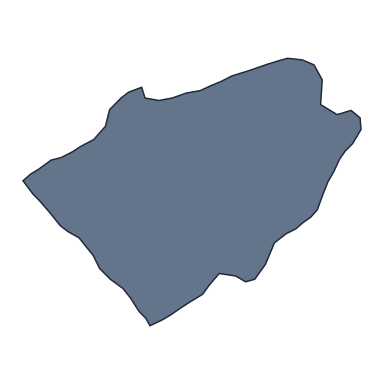 Patanissos, Cyprus (Albers equal-area conic projection)
{"feature_id": "46923920B57147511667034", "entity_name": "Patanissos", "entity_type": "district", "adm_level": 2, "iso_a3": "CYP", "parent_name": "Cyprus", "parent_adm1": "", "projection": "albers", "projection_center": [34.094, 35.479], "detail": "fine", "context": "isolated", "style": "filled", "palette": "slate", "viewbox_px": 384, "rotation_deg": 0, "n_neighbors": 0, "source": "geoboundaries", "source_scale": "gbopen_adm2", "svg_char_len": 974}
<svg xmlns="http://www.w3.org/2000/svg" viewBox="0 0 384 384"><path d="M150.0,325.7L162.3,319.9L170.6,315.0L181.3,307.5L181.8,307.2L190.4,301.7L202.7,294.2L209.3,285.1L219.2,273.5L235.7,276.0L245.6,281.8L254.7,279.3L265.4,264.4L274.4,242.9L286.0,233.8L295.9,228.8L302.5,223.0L310.7,217.2L317.3,209.8L323.1,194.0L328.0,181.6L333.8,171.7L339.5,159.3L345.3,151.0L352.7,143.5L361.0,129.5L360.1,117.9L351.1,110.4L337.1,114.6L320.6,104.6L322.2,79.8L314.0,64.9L302.4,59.9L287.6,58.3L278.5,60.8L267.8,64.1L246.4,71.5L232.4,75.7L220.9,81.5L211.0,85.6L200.3,90.6L186.2,93.1L172.2,98.0L159.0,100.5L145.0,98.0L141.7,87.3L128.6,92.2L121.1,98.0L109.6,109.6L105.5,126.2L93.9,139.4L79.9,146.9L72.5,151.8L61.0,157.6L51.1,160.1L38.7,169.2L30.5,174.2L23.0,180.8L32.9,194.0L39.5,200.7L50.2,213.1L60.1,225.5L67.5,231.3L79.1,237.9L85.7,246.2L93.1,255.3L99.7,268.6L110.4,279.3L122.8,288.4L130.2,297.6L139.2,311.6L145.8,318.3L150.0,325.7Z" fill="#64748b" stroke="#1e293b" stroke-width="1.5"/></svg>